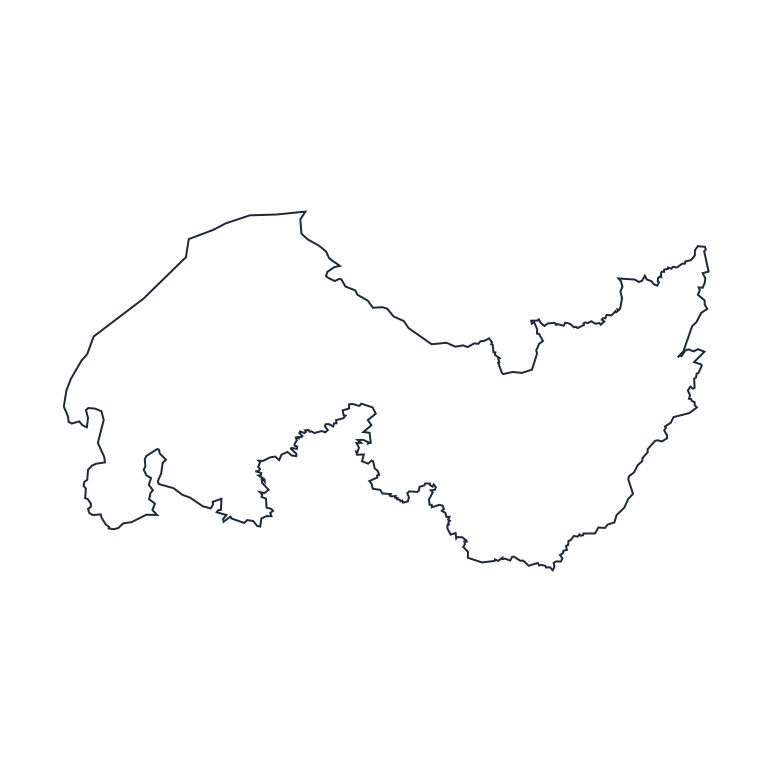 North East Gonja, Northern, Ghana (Robinson projection), rotated 99°
{"feature_id": "2480657B30922977157044", "entity_name": "North East Gonja", "entity_type": "district", "adm_level": 2, "iso_a3": "GHA", "parent_name": "Ghana", "parent_adm1": "Northern", "projection": "robinson", "projection_center": [-0.531, 8.741], "detail": "fine", "context": "isolated", "style": "outline", "palette": "slate", "viewbox_px": 768, "rotation_deg": 99, "n_neighbors": 0, "source": "geoboundaries", "source_scale": "gbopen_adm2", "svg_char_len": 6111}
<svg xmlns="http://www.w3.org/2000/svg" viewBox="0 0 768 768"><g transform="rotate(99 384 384)"><path d="M541.5,188.2L537.9,187.1L534.2,188.4L532.3,186.2L531.7,181.6L528.2,180.5L525.4,183.4L523.3,181.0L520.6,180.7L519.3,177.4L515.4,178.9L514.2,177.0L510.0,177.2L509.2,175.3L504.4,172.8L504.4,168.8L502.0,167.3L503.1,166.2L502.3,163.7L500.5,163.7L498.6,152.2L492.2,149.8L491.6,143.2L487.9,141.2L484.7,134.8L477.1,133.8L468.5,127.3L459.4,124.8L453.5,120.9L440.0,127.8L436.9,127.7L432.4,123.3L424.6,120.8L419.7,116.9L416.7,117.1L410.2,112.9L407.2,113.4L397.9,107.5L396.8,105.1L397.2,100.4L393.3,96.0L390.4,96.4L386.0,100.0L383.1,98.7L382.0,99.8L377.5,94.8L371.4,92.8L364.9,77.8L358.2,71.3L356.2,73.9L353.5,74.3L352.5,77.5L350.9,78.2L350.8,80.5L347.5,79.9L342.9,82.8L338.6,81.0L340.3,78.2L339.2,76.6L330.3,78.5L328.7,76.8L324.8,76.8L324.0,75.2L316.2,73.0L315.0,74.1L313.9,81.2L302.0,72.6L300.5,79.3L303.4,83.4L302.1,88.7L303.9,91.8L310.0,94.5L309.6,95.9L311.6,98.1L304.9,93.4L278.7,88.7L273.8,85.0L264.1,81.8L259.3,76.5L255.2,79.7L251.3,80.4L246.7,88.0L242.2,86.7L239.4,88.3L239.0,84.3L234.1,83.1L229.3,83.2L224.7,86.6L222.2,81.0L202.9,88.5L200.7,87.2L198.3,88.5L198.8,95.6L203.2,97.8L208.4,97.1L213.7,100.2L215.8,105.6L218.0,105.5L218.5,108.2L223.1,113.0L223.0,116.8L225.1,118.2L224.6,121.6L225.8,121.5L227.2,125.2L229.4,125.0L229.6,127.2L231.3,127.7L235.1,126.9L234.8,128.6L236.7,129.9L239.8,129.7L240.7,128.3L244.2,129.6L243.2,133.2L240.7,135.7L239.6,140.9L236.2,143.3L241.7,145.3L243.4,148.4L241.6,152.6L243.1,168.9L245.4,166.1L250.7,163.7L255.6,165.0L262.1,162.3L271.6,162.5L273.9,163.1L273.7,165.1L275.4,164.5L276.8,166.0L275.9,166.8L280.6,170.0L281.0,175.0L284.5,175.6L284.7,178.1L286.4,178.9L287.8,176.2L291.5,179.2L290.1,180.7L291.4,184.7L289.6,189.0L292.0,192.2L291.7,194.8L293.0,196.4L294.3,195.7L298.5,201.5L297.5,203.4L298.3,205.4L295.7,209.1L295.0,212.8L295.2,214.7L298.3,215.7L297.7,222.5L298.7,223.2L296.9,225.1L298.6,231.8L301.6,234.6L299.0,239.0L295.9,241.2L297.3,242.3L298.5,248.6L301.2,247.4L299.5,245.4L305.9,241.3L310.2,240.8L310.3,238.7L316.7,233.7L319.9,237.0L327.0,238.9L330.0,237.6L346.7,240.1L351.5,249.6L352.0,258.8L355.5,267.7L354.6,269.3L345.2,274.6L344.6,273.5L341.2,275.1L340.4,273.9L337.9,279.0L335.4,279.0L335.6,280.8L328.3,282.8L328.0,284.3L325.9,283.8L322.5,287.5L325.5,291.2L326.7,295.4L329.6,297.2L329.8,301.3L334.4,307.2L333.5,311.9L336.0,319.3L333.5,328.7L337.3,343.2L324.9,368.5L318.7,374.3L315.8,385.1L309.2,392.5L308.4,397.5L310.4,407.0L304.3,412.9L300.0,424.2L296.1,426.9L293.7,437.4L287.4,442.4L287.2,444.6L290.0,448.7L288.1,455.2L286.5,458.2L282.0,457.4L276.4,451.4L274.3,446.1L268.4,457.8L262.2,461.9L257.6,469.8L253.2,481.8L248.4,489.1L234.5,492.4L226.0,488.6L233.4,516.6L238.4,542.9L250.1,565.5L258.5,576.8L271.4,599.5L289.7,599.5L337.1,634.7L382.5,678.2L401.0,681.8L408.3,686.5L428.4,694.2L440.3,696.7L456.4,696.7L465.4,691.1L470.7,689.6L471.9,686.2L468.6,679.2L471.8,675.5L473.3,670.7L463.9,671.0L456.3,674.3L454.0,672.3L453.5,665.8L455.1,658.8L463.5,655.2L487.0,657.4L499.8,648.9L505.1,647.4L507.8,655.9L510.3,659.6L515.0,662.9L525.1,662.1L527.6,664.7L531.5,664.8L534.0,662.1L543.5,661.3L544.0,658.6L548.2,654.7L551.3,654.4L553.5,656.8L557.5,654.9L559.0,651.2L557.1,643.3L560.2,642.1L566.1,637.0L568.3,633.1L569.7,633.3L569.7,628.1L567.7,623.8L562.4,619.7L559.9,611.6L550.3,598.3L548.9,587.6L544.7,593.0L538.0,591.5L534.5,598.0L528.0,597.5L525.1,595.6L520.4,600.5L513.3,599.4L511.3,604.5L506.2,607.9L502.7,606.8L495.7,608.5L492.3,607.5L483.6,597.7L484.2,595.8L487.6,594.8L492.9,587.5L496.5,590.3L507.5,590.1L515.2,592.2L518.0,590.9L519.8,575.7L525.0,565.8L526.6,557.6L533.1,543.9L534.0,535.7L529.6,534.0L527.2,534.7L522.8,526.6L533.8,525.4L534.6,528.0L536.8,529.1L538.1,519.1L542.5,521.8L545.1,520.9L539.0,514.9L540.7,513.6L543.1,500.3L539.8,497.8L539.8,491.8L544.0,487.1L544.2,484.0L535.9,484.0L532.9,479.4L532.2,474.5L529.2,476.2L526.6,473.7L524.9,476.0L524.5,480.6L515.7,482.6L514.7,487.3L512.1,487.1L510.2,489.7L510.5,485.1L506.5,481.4L500.9,488.7L497.3,490.0L496.8,488.7L499.0,486.6L496.8,487.1L494.0,493.5L493.4,491.5L491.1,491.3L490.3,497.4L489.6,494.5L487.4,493.1L485.5,495.3L480.6,494.1L479.4,495.8L478.9,491.5L474.2,484.9L472.7,480.2L475.6,475.6L469.8,474.2L466.2,468.7L469.0,464.1L469.0,459.4L466.8,459.5L462.5,465.8L461.6,465.4L461.7,459.9L459.5,459.9L458.8,462.7L457.2,463.0L453.4,461.3L450.9,462.6L451.0,460.0L449.9,460.8L449.4,457.3L448.1,456.5L445.7,460.0L444.0,459.4L444.9,455.0L443.4,453.5L442.1,454.7L441.1,451.5L442.8,450.0L442.1,448.4L443.3,445.1L440.2,438.1L440.9,434.4L438.3,432.3L434.9,435.9L432.9,435.3L432.2,432.3L433.9,427.6L430.7,427.2L430.2,424.8L427.2,425.7L424.1,418.7L421.3,417.1L421.2,419.0L416.5,420.7L413.7,414.7L409.7,415.3L408.6,412.3L409.5,404.8L407.0,403.4L408.9,391.6L414.6,387.5L422.2,394.3L426.7,390.0L434.7,396.9L434.4,390.6L444.2,387.9L445.2,390.3L444.1,389.9L442.5,395.8L443.4,401.3L445.7,397.4L446.5,401.9L450.8,398.8L455.4,399.6L455.1,401.0L458.1,399.6L456.8,392.9L463.8,393.7L465.1,387.2L461.6,384.3L461.9,382.7L468.6,380.1L470.8,376.7L474.5,374.6L475.5,376.5L477.4,376.0L482.2,383.3L484.4,380.7L489.2,378.7L489.2,371.1L492.4,368.5L491.6,360.1L493.3,360.9L493.8,359.4L492.9,354.8L494.5,355.2L494.6,352.8L495.8,353.1L495.8,350.4L497.3,349.4L496.2,347.7L498.2,346.8L496.3,342.2L492.2,341.6L488.2,343.9L486.1,342.2L485.4,334.3L483.8,332.8L479.9,332.8L478.0,328.4L475.9,327.8L475.1,323.0L476.7,322.7L477.8,320.0L475.4,319.2L477.8,316.7L480.5,317.2L481.7,321.1L483.4,318.9L491.1,321.5L496.1,320.1L495.9,318.0L498.3,317.5L494.7,310.5L495.0,306.9L498.2,305.3L500.2,307.0L501.6,303.3L505.6,301.4L504.9,298.6L508.0,299.5L508.7,297.5L510.8,298.9L512.7,297.9L513.4,299.3L516.6,298.8L522.3,294.7L520.0,290.0L525.2,288.5L523.8,287.7L523.1,282.9L525.7,278.0L526.9,277.7L527.0,280.0L529.7,279.0L532.5,280.3L536.6,274.8L542.5,274.0L544.9,259.3L541.4,247.0L539.9,246.9L540.9,243.6L537.0,239.8L538.4,239.5L537.6,237.1L538.6,231.7L534.7,230.4L534.2,228.7L537.2,221.8L536.7,218.7L540.9,212.7L536.7,204.1L539.0,202.3L538.0,200.3L538.4,196.1L539.9,195.3L539.1,191.4L541.5,188.2Z" fill="none" stroke="#1e293b" stroke-width="2"/></g></svg>